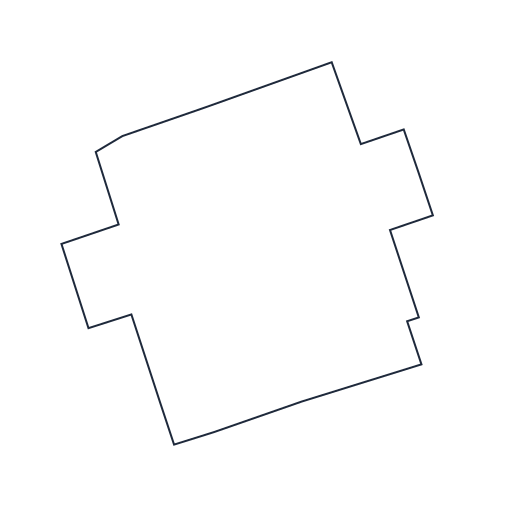 outline of Carroll, Ohio, United States of America, rotated 340°
{"feature_id": "52423323B82446565962653", "entity_name": "Carroll", "entity_type": "district", "adm_level": 2, "iso_a3": "USA", "parent_name": "United States of America", "parent_adm1": "Ohio", "projection": "orthographic", "projection_center": [-81.077, 40.577], "detail": "fine", "context": "isolated", "style": "outline", "palette": "slate", "viewbox_px": 512, "rotation_deg": 340, "n_neighbors": 0, "source": "geoboundaries", "source_scale": "gbopen_adm2", "svg_char_len": 413}
<svg xmlns="http://www.w3.org/2000/svg" viewBox="0 0 512 512"><g transform="rotate(340 256 256)"><path d="M374.4,414.4L375.7,369.0L388.0,369.4L390.8,277.4L436.1,278.3L437.3,232.5L438.1,187.6L392.8,186.7L393.4,99.8L259.2,99.0L171.5,97.6L141.0,103.4L137.7,179.4L77.3,178.1L73.9,266.5L118.9,268.3L115.8,360.2L114.5,405.2L156.1,407.1L249.1,408.4L374.4,414.4Z" fill="none" stroke="#1e293b" stroke-width="2"/></g></svg>